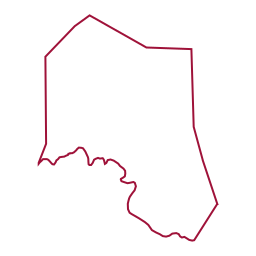 the district of Mo'ron, Hövsgöl, Mongolia
{"feature_id": "93677404B66581444592765", "entity_name": "Mo'ron", "entity_type": "district", "adm_level": 2, "iso_a3": "MNG", "parent_name": "Mongolia", "parent_adm1": "Hövsgöl", "projection": "albers", "projection_center": [100.131, 49.637], "detail": "fine", "context": "isolated", "style": "outline", "palette": "rose", "viewbox_px": 256, "rotation_deg": 0, "n_neighbors": 0, "source": "geoboundaries", "source_scale": "gbopen_adm2", "svg_char_len": 1414}
<svg xmlns="http://www.w3.org/2000/svg" viewBox="0 0 256 256"><path d="M194.2,240.2L217.2,204.0L217.3,204.0L202.7,160.1L202.7,159.9L193.8,127.2L193.7,127.0L191.4,49.1L146.4,47.5L89.6,15.4L74.8,26.1L74.6,26.3L45.4,56.7L46.1,143.8L38.7,162.8L38.7,163.3L38.7,163.7L39.7,162.4L41.3,161.0L43.1,159.1L45.3,159.1L46.8,159.1L48.3,159.8L50.2,161.8L51.2,163.0L52.4,164.2L54.0,164.5L54.7,163.6L55.6,162.3L56.4,160.4L58.0,159.2L59.5,157.3L61.7,156.9L64.3,156.6L65.8,155.8L68.0,154.9L68.4,153.8L70.4,153.5L69.2,153.4L70.4,153.2L72.2,153.2L74.0,152.3L76.2,150.3L77.1,149.1L78.8,147.6L81.4,147.8L83.0,148.3L84.3,150.1L85.3,151.5L87.9,157.1L88.3,158.8L88.4,161.6L88.6,164.2L89.4,165.0L91.1,165.0L92.7,162.9L94.1,159.7L95.7,158.8L98.0,157.9L99.9,158.6L102.7,158.2L103.7,159.5L104.1,160.6L104.9,163.9L106.3,163.0L107.7,160.1L110.5,159.5L113.7,160.6L118.2,163.6L120.0,166.0L123.5,168.6L125.1,170.8L125.3,173.7L124.8,176.4L122.8,177.8L120.9,178.9L120.8,179.6L121.5,181.2L124.7,182.3L127.5,183.2L129.3,182.9L133.4,182.0L134.8,182.8L135.9,186.3L134.6,190.3L132.4,193.1L129.9,196.7L129.1,198.5L128.4,201.1L127.8,203.8L128.0,209.2L129.6,212.7L131.7,214.1L139.0,218.3L144.9,222.1L148.3,224.9L151.9,230.1L156.1,232.5L159.8,234.2L162.8,236.1L166.1,236.6L169.4,235.7L172.3,233.6L176.3,233.1L178.7,234.1L180.1,236.4L181.9,237.5L184.4,236.9L186.7,238.3L189.2,239.9L192.2,240.6L194.2,240.2Z" fill="none" stroke="#9f1239" stroke-width="2"/></svg>